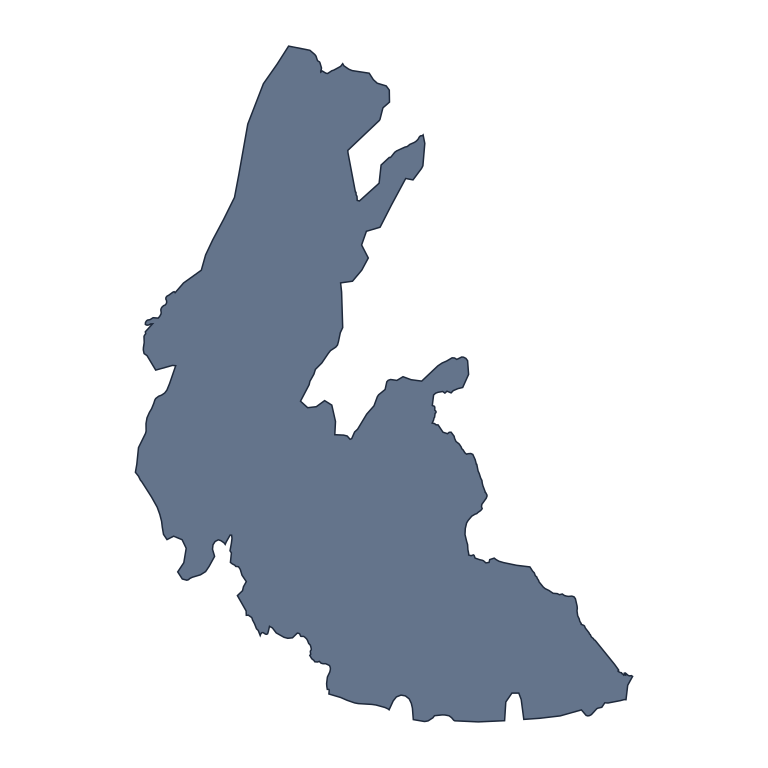 outline of Lower Manya, Eastern, Ghana
{"feature_id": "2480657B54302337253194", "entity_name": "Lower Manya", "entity_type": "district", "adm_level": 2, "iso_a3": "GHA", "parent_name": "Ghana", "parent_adm1": "Eastern", "projection": "equal_earth", "projection_center": [0.033, 6.213], "detail": "fine", "context": "isolated", "style": "filled", "palette": "slate", "viewbox_px": 768, "rotation_deg": 0, "n_neighbors": 0, "source": "geoboundaries", "source_scale": "gbopen_adm2", "svg_char_len": 6103}
<svg xmlns="http://www.w3.org/2000/svg" viewBox="0 0 768 768"><path d="M529.9,566.9L516.6,565.3L503.6,562.6L498.9,561.2L496.1,559.6L494.2,558.1L489.7,559.6L489.1,562.4L485.9,562.9L483.5,560.8L482.4,560.3L479.7,559.7L475.1,558.1L474.1,555.4L473.4,554.9L471.1,555.7L468.7,555.0L468.7,553.7L467.9,549.7L467.6,544.6L466.7,541.6L465.0,534.5L465.3,528.5L466.6,523.0L468.1,520.5L471.7,516.2L475.0,514.2L476.8,513.6L477.9,512.5L480.5,510.7L481.7,509.4L482.2,508.6L481.5,506.8L481.8,504.4L486.2,498.3L487.0,496.2L487.0,495.1L485.7,492.6L485.1,492.2L485.2,491.8L482.9,485.7L482.3,483.3L481.9,480.4L480.7,478.1L479.2,473.4L478.1,471.0L476.8,464.4L476.4,464.4L475.2,459.7L472.8,454.4L470.8,453.5L468.0,453.7L466.6,454.2L464.8,452.7L463.1,449.9L461.7,448.6L461.3,447.2L459.2,444.0L456.0,441.5L454.6,438.4L454.1,436.2L451.1,432.2L449.2,432.3L447.5,433.7L443.0,432.2L438.1,424.9L436.0,424.8L434.6,423.6L432.2,423.1L433.6,420.0L433.9,418.3L434.6,417.2L435.1,413.4L435.8,412.8L436.1,412.0L435.8,411.1L434.8,410.2L434.8,407.2L434.4,406.3L432.3,405.5L433.6,395.0L435.6,393.2L438.0,392.3L442.7,391.5L444.9,393.1L447.0,391.2L451.1,392.9L453.3,390.6L458.0,388.6L462.7,387.5L468.6,374.4L467.6,360.7L465.9,358.4L463.6,357.2L461.7,357.0L456.8,359.4L454.6,358.0L452.1,357.8L446.5,361.1L442.1,363.0L437.8,365.9L421.7,381.1L411.1,379.7L403.0,376.7L396.9,380.4L390.6,379.5L388.2,380.3L386.8,381.8L385.1,389.5L378.6,394.8L377.3,396.8L374.0,405.8L366.7,414.1L357.6,429.2L354.6,432.0L351.7,438.6L350.1,439.3L347.2,436.0L343.6,435.1L334.8,434.7L335.5,421.5L331.8,405.1L324.6,400.6L316.3,406.7L307.7,407.7L300.5,401.2L309.1,384.8L309.9,381.3L313.9,374.2L315.4,369.4L321.8,363.0L328.3,353.4L330.5,350.6L335.8,347.1L337.5,345.0L338.5,341.4L340.3,332.7L342.7,327.6L341.6,292.0L340.6,282.9L352.5,281.2L361.8,270.1L368.3,258.0L361.6,245.0L366.4,231.3L380.1,227.2L391.4,205.1L405.7,178.5L413.0,179.9L421.5,168.5L422.9,165.8L424.8,143.4L423.1,134.9L422.4,135.6L420.4,135.9L419.3,137.0L418.1,139.2L416.4,141.0L414.4,142.4L409.8,144.4L407.3,146.5L404.9,147.1L396.8,150.8L394.8,152.2L391.2,156.7L390.3,157.5L389.3,157.4L381.1,165.0L379.1,183.2L359.4,201.0L357.2,200.4L357.0,196.3L356.1,194.8L356.0,192.3L355.4,192.0L355.3,191.5L348.0,152.9L347.8,150.4L379.4,120.4L380.0,119.3L382.8,108.3L383.2,107.6L389.5,102.1L389.3,90.1L386.2,85.9L377.2,83.2L373.3,79.6L369.2,73.2L352.2,70.6L348.8,69.2L343.9,65.8L342.7,63.7L340.6,66.4L333.6,70.2L331.9,70.7L327.6,73.5L325.9,73.2L322.3,71.0L320.8,72.1L320.7,71.0L321.1,70.3L321.5,68.0L320.0,62.9L319.5,61.9L317.8,60.9L317.3,60.1L316.0,56.1L314.8,54.5L309.9,50.3L288.6,46.1L277.2,64.0L263.4,83.7L247.8,124.0L238.8,174.7L234.5,197.4L223.6,219.4L212.7,239.9L205.6,254.9L201.3,270.2L183.5,283.0L175.1,292.7L174.2,291.7L173.0,292.1L168.9,295.1L166.9,296.2L166.0,297.4L165.8,299.0L166.5,300.5L166.7,302.2L166.3,303.6L165.3,304.9L163.5,305.7L161.9,307.2L161.2,308.4L160.8,309.9L161.2,312.7L160.9,314.2L159.6,316.5L158.1,318.1L153.1,317.7L150.1,319.6L147.4,320.1L146.4,321.0L145.5,322.4L145.3,324.3L146.1,324.9L147.2,325.2L149.0,324.9L150.7,323.9L152.6,323.8L145.3,331.8L145.7,333.7L144.4,335.4L144.0,336.5L144.2,342.6L143.4,347.7L143.3,349.9L144.1,353.6L147.0,355.6L155.7,370.1L172.5,365.4L175.7,365.7L169.6,383.5L166.9,390.1L164.7,393.0L163.4,393.9L161.4,395.2L158.7,396.2L155.7,398.5L154.8,400.1L153.8,403.3L151.6,408.7L149.4,412.4L147.0,417.8L146.0,423.6L146.1,431.1L145.5,433.4L138.5,447.6L136.8,464.3L135.4,472.3L138.5,476.2L140.4,480.1L141.8,481.8L151.5,497.0L157.2,507.2L159.8,514.4L161.6,521.4L162.3,527.3L163.5,534.4L167.0,539.6L173.6,536.2L182.1,539.7L186.2,548.3L183.8,562.7L177.7,571.9L182.3,579.0L186.8,580.2L188.5,579.7L189.8,578.5L192.2,577.3L200.5,574.8L205.6,571.6L209.1,566.4L214.6,556.4L212.5,549.2L213.0,544.8L215.1,541.5L218.3,539.8L221.0,540.7L224.1,542.9L225.2,544.4L226.2,542.0L230.1,535.1L231.6,535.2L232.0,538.3L231.4,543.2L230.0,550.8L231.4,552.9L230.4,562.4L232.3,563.9L234.8,565.2L235.7,566.4L238.5,566.7L240.3,569.5L242.0,575.2L246.3,581.6L243.5,586.6L242.5,590.7L237.4,595.6L246.1,610.9L246.3,615.3L248.4,615.2L251.5,617.4L252.1,618.3L252.5,619.9L254.5,623.7L256.5,628.8L258.2,630.4L260.2,635.5L260.8,633.9L262.0,632.6L263.1,632.6L265.4,634.1L266.6,634.3L267.6,633.8L268.3,631.6L269.5,626.3L272.4,627.9L276.2,632.9L284.0,637.3L287.8,638.3L292.5,637.8L297.3,633.1L298.9,633.4L299.7,633.9L300.6,636.1L301.1,636.4L303.6,636.4L304.6,637.0L306.6,638.9L307.5,640.4L308.7,643.5L310.1,644.8L310.7,646.3L311.3,649.0L311.2,649.8L310.4,651.0L310.3,651.6L310.7,654.3L309.8,655.4L311.7,658.7L313.9,660.4L314.8,661.8L317.6,662.0L319.3,661.4L321.1,663.2L323.0,663.7L325.7,663.7L329.3,665.4L329.8,666.1L330.4,668.1L330.3,669.8L329.8,672.0L327.4,677.0L326.6,683.6L326.8,686.3L327.3,689.4L328.8,689.4L329.2,690.2L328.9,694.0L340.7,697.5L347.1,700.3L354.6,702.9L358.3,703.6L371.8,704.4L376.0,705.0L385.0,707.5L388.2,709.0L389.1,709.8L393.2,700.9L396.4,696.9L401.0,695.1L405.4,695.9L409.2,698.9L411.3,703.3L412.4,708.0L413.3,719.6L424.4,721.5L425.4,721.4L428.1,720.9L432.9,717.8L434.5,715.7L442.3,714.9L445.0,715.0L449.1,715.8L451.6,717.7L453.7,720.2L454.7,720.8L478.2,721.9L504.6,720.7L505.8,702.0L511.9,693.1L518.8,693.1L521.2,699.5L523.8,719.4L539.6,718.3L560.2,715.9L581.4,709.9L586.1,715.4L587.8,715.9L589.5,715.6L591.4,714.6L596.8,708.7L598.1,708.1L601.8,707.3L604.8,702.8L608.0,703.0L620.5,700.6L624.2,699.6L626.0,699.7L627.7,685.3L632.6,676.4L631.3,675.6L629.8,675.9L628.3,675.5L625.4,673.0L624.6,673.1L625.1,674.1L625.8,674.7L625.7,675.2L623.9,674.4L624.0,675.0L623.8,675.2L622.8,674.0L621.9,673.6L621.5,672.7L620.1,672.5L618.1,671.3L618.1,670.7L618.7,670.1L614.6,664.4L595.1,640.3L594.1,639.8L593.4,638.6L591.3,636.9L590.3,634.6L589.5,634.0L589.1,632.9L585.3,628.0L584.5,626.0L583.8,625.4L581.2,624.3L581.2,623.5L579.8,621.3L579.2,618.9L577.7,615.8L577.0,610.8L577.3,608.4L577.1,606.1L575.4,598.7L574.0,596.8L571.8,596.1L568.4,596.4L566.5,596.1L564.4,595.5L562.3,594.0L559.4,594.7L557.3,593.6L553.1,593.3L549.0,590.5L545.1,588.6L543.2,587.0L539.0,581.8L538.6,580.4L537.3,578.5L536.8,577.0L535.3,575.7L534.3,572.9L532.6,571.1L529.9,566.9Z" fill="#64748b" stroke="#1e293b" stroke-width="1.5"/></svg>